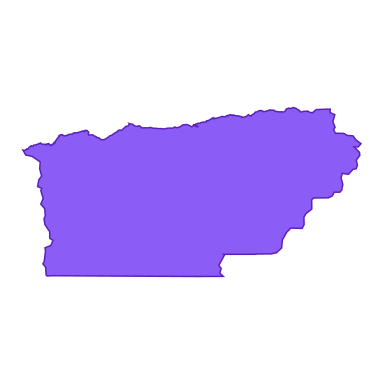 outline of Tehama, California, United States of America
{"feature_id": "52423323B93817319778568", "entity_name": "Tehama", "entity_type": "district", "adm_level": 2, "iso_a3": "USA", "parent_name": "United States of America", "parent_adm1": "California", "projection": "orthographic", "projection_center": [-122.356, 40.125], "detail": "fine", "context": "isolated", "style": "filled", "palette": "violet", "viewbox_px": 384, "rotation_deg": 0, "n_neighbors": 0, "source": "geoboundaries", "source_scale": "gbopen_adm2", "svg_char_len": 5764}
<svg xmlns="http://www.w3.org/2000/svg" viewBox="0 0 384 384"><path d="M330.2,109.1L325.2,109.2L316.2,109.6L313.7,111.7L312.5,112.7L309.5,112.3L307.6,111.0L306.6,111.3L306.0,111.5L305.0,111.2L304.3,111.3L303.6,111.4L302.8,111.5L302.4,111.7L301.7,111.9L301.0,112.1L300.6,111.8L300.0,111.2L299.6,110.7L299.2,110.3L298.9,110.4L298.5,110.2L298.3,109.8L297.8,109.5L297.3,109.3L297.0,109.2L296.5,109.0L296.1,108.6L296.1,108.3L295.7,108.1L295.4,108.2L294.8,108.1L294.3,107.9L293.9,107.7L293.4,107.5L293.0,107.6L292.1,107.9L291.4,108.4L290.6,108.7L290.0,108.5L289.7,108.2L289.0,108.1L287.7,108.6L287.4,108.7L286.9,108.6L286.5,109.0L286.2,109.6L285.7,110.1L285.4,110.6L284.8,111.2L284.4,111.7L283.7,112.0L283.1,112.0L281.6,111.8L281.2,111.7L280.6,111.9L279.6,111.9L278.3,111.8L277.4,111.6L276.4,111.4L275.8,111.5L275.6,111.4L275.2,111.4L274.9,111.0L274.4,110.7L274.0,110.3L273.6,110.2L273.2,110.1L273.0,110.3L270.2,110.1L269.8,109.8L269.4,109.9L269.0,110.2L268.2,110.7L266.8,110.9L265.1,111.5L263.5,111.7L263.0,111.1L262.4,111.0L261.7,110.8L260.9,110.4L260.3,110.7L259.8,110.6L259.3,110.8L258.6,110.9L257.9,111.4L257.3,111.7L256.7,112.0L255.9,111.9L255.2,112.3L254.7,112.8L253.7,114.0L253.1,114.4L252.7,114.4L252.3,114.6L252.1,114.8L251.7,115.4L251.5,115.6L251.1,116.0L250.8,115.7L250.2,115.8L249.2,115.4L248.8,115.1L248.6,114.7L248.3,114.9L247.3,115.4L246.7,116.2L245.8,116.7L245.1,116.8L244.4,116.9L243.7,117.3L243.2,117.4L242.3,117.1L241.9,116.8L241.6,116.6L241.4,116.8L240.6,116.5L239.7,116.5L239.2,116.1L238.3,115.8L237.3,115.8L236.7,115.9L236.0,115.7L235.1,115.6L234.7,115.3L234.0,115.5L233.7,115.3L233.4,115.3L233.4,115.1L233.1,114.9L232.8,115.2L232.5,115.5L231.9,115.5L231.6,115.1L230.6,114.7L229.9,114.7L229.2,115.3L228.3,115.8L227.9,115.3L226.0,116.1L225.8,116.6L225.4,116.8L224.1,116.8L222.2,116.4L221.0,116.8L220.1,117.2L218.8,117.5L216.5,118.3L215.2,118.3L214.2,118.6L214.1,118.3L213.8,117.9L213.6,118.4L213.3,118.8L212.6,118.1L212.3,118.0L212.0,118.3L210.4,119.4L209.2,120.1L207.5,120.8L207.1,120.6L206.5,120.9L206.6,121.4L205.3,122.1L203.5,122.1L201.9,122.3L200.5,122.9L199.8,123.3L198.4,123.2L197.2,123.6L195.9,124.0L195.4,124.6L195.8,125.6L196.8,125.7L197.5,126.3L197.7,126.8L197.1,126.8L194.7,125.7L194.3,124.7L193.6,124.6L193.2,125.9L191.7,126.8L189.4,125.5L186.8,124.5L182.8,124.9L180.1,126.8L176.9,127.8L174.8,127.0L172.7,128.2L169.0,128.1L166.6,128.3L164.2,129.0L161.4,128.6L158.4,128.6L155.6,128.3L153.0,128.2L150.6,127.4L147.9,127.9L143.9,127.8L141.5,127.9L140.6,126.5L138.8,125.7L137.5,126.5L134.8,126.0L132.7,124.3L130.8,124.0L129.1,123.5L129.5,124.1L128.6,125.1L127.8,126.2L125.7,126.4L124.9,127.4L123.5,128.5L121.6,130.3L119.8,130.0L117.9,130.6L117.7,131.5L114.4,133.2L111.6,135.3L109.7,135.9L108.0,137.4L105.9,138.7L103.7,139.8L100.7,139.5L98.9,137.8L97.2,137.7L96.7,137.2L96.2,136.7L95.3,136.3L94.7,136.1L93.7,135.6L93.0,134.9L92.1,134.8L91.6,134.9L90.7,134.8L90.0,135.0L89.2,135.1L88.7,135.1L88.4,134.5L88.5,134.0L88.5,133.0L88.7,132.5L88.7,132.1L88.4,131.9L87.7,131.3L87.2,130.6L86.1,130.4L85.5,130.3L84.8,130.6L84.5,131.0L84.6,131.3L84.4,131.6L84.0,131.5L83.7,131.3L83.6,131.0L83.3,130.9L83.0,131.0L81.0,131.5L80.1,132.0L79.4,132.1L78.6,132.2L78.2,132.6L77.7,132.8L77.2,132.8L76.7,132.7L75.9,132.9L74.5,132.8L73.8,132.9L73.2,133.3L72.7,133.9L72.0,134.0L71.2,134.1L70.6,134.3L70.0,134.3L69.2,134.4L68.9,134.6L68.6,134.7L68.3,134.6L67.9,134.8L67.5,135.3L66.9,135.4L66.3,135.5L65.5,135.8L64.4,135.9L64.0,135.6L63.3,135.5L62.8,135.3L62.7,135.0L62.3,134.7L62.0,134.9L61.5,134.9L61.2,134.6L60.9,134.6L60.6,134.7L60.2,135.0L59.8,135.3L59.7,135.5L59.4,135.6L59.4,135.9L59.3,136.2L59.0,136.1L58.8,136.1L58.8,136.3L58.9,136.5L58.8,136.9L58.1,137.5L57.9,138.1L57.5,138.3L56.7,139.2L56.0,140.5L55.9,140.7L55.7,140.8L55.4,141.0L55.3,141.4L55.2,141.4L55.1,141.6L55.1,141.8L55.1,142.1L54.9,142.3L54.9,142.6L54.8,142.9L54.6,142.8L54.4,142.5L54.1,142.5L53.8,143.0L53.8,143.5L53.7,143.7L53.4,143.6L53.3,143.8L53.3,144.0L53.0,144.2L53.0,144.3L52.7,144.3L52.7,144.2L52.3,144.3L52.3,144.6L52.1,144.7L52.0,144.9L52.0,145.0L51.8,145.3L51.6,145.3L51.3,145.1L51.1,145.2L50.8,145.0L50.7,145.3L50.4,145.3L50.2,145.2L49.6,144.9L49.6,144.7L49.3,144.3L49.0,144.2L48.8,143.8L48.8,143.6L48.6,143.6L48.4,143.8L48.0,143.9L47.6,143.8L47.1,143.9L47.0,144.2L46.8,144.3L46.7,144.2L46.4,144.3L46.4,144.5L46.2,144.9L45.9,144.9L45.7,144.8L45.7,144.6L45.6,144.4L45.3,144.3L44.9,144.4L44.5,144.2L43.9,144.2L42.7,144.2L42.4,144.3L41.9,144.2L41.7,144.1L41.1,143.4L40.8,143.2L40.6,143.0L40.3,143.2L40.1,143.4L39.7,143.5L39.3,143.4L39.1,143.6L38.8,143.8L38.7,143.9L38.4,143.9L38.2,144.0L37.6,144.2L37.3,144.4L36.8,144.4L36.5,144.7L36.3,144.8L36.1,144.9L35.6,144.9L33.5,145.2L33.1,146.1L31.8,146.2L31.3,145.8L30.5,146.2L30.1,146.8L29.2,147.2L28.6,148.2L27.9,149.1L26.7,148.9L26.1,149.6L24.2,150.5L23.0,150.1L25.7,155.0L32.2,156.4L40.2,162.0L39.7,168.8L41.6,176.1L38.8,179.8L37.6,186.6L41.8,188.3L40.8,190.6L43.2,198.4L40.8,204.1L44.7,208.7L45.3,215.8L44.0,218.9L44.9,224.5L48.3,229.7L49.7,231.5L49.7,238.2L53.0,240.5L50.9,245.4L45.0,247.8L45.5,251.3L44.2,261.4L42.9,263.9L45.6,267.1L46.1,275.1L47.3,276.0L52.4,275.7L197.3,276.5L223.3,276.4L219.9,273.1L221.2,268.4L218.8,265.4L224.4,255.2L223.6,254.3L255.2,254.3L257.4,254.0L271.1,253.9L276.4,252.8L281.6,248.0L282.4,239.9L286.5,232.5L290.8,228.1L302.1,228.4L304.1,224.7L303.9,217.3L305.9,213.7L311.8,209.0L311.7,199.8L313.6,198.0L328.5,197.8L332.3,195.9L334.2,192.2L339.8,192.2L341.7,190.2L342.8,184.5L341.1,177.9L342.3,173.4L348.5,174.3L352.9,169.4L356.1,168.8L357.4,165.4L356.3,160.2L359.8,155.4L359.5,152.4L354.2,146.8L358.2,146.9L361.0,143.7L355.7,139.7L353.1,135.9L347.2,135.4L343.8,133.4L335.3,133.2L333.6,129.4L335.1,127.3L332.9,121.7L334.8,114.7L330.1,112.6L330.2,109.1Z" fill="#8b5cf6" stroke="#5b21b6" stroke-width="1.5"/></svg>